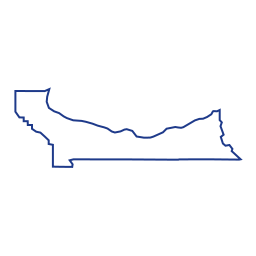 Multnomah, Oregon, United States of America (Equal Earth projection)
{"feature_id": "52423323B6223191641885", "entity_name": "Multnomah", "entity_type": "district", "adm_level": 2, "iso_a3": "USA", "parent_name": "United States of America", "parent_adm1": "Oregon", "projection": "equal_earth", "projection_center": [-122.428, 45.581], "detail": "fine", "context": "isolated", "style": "outline", "palette": "blue", "viewbox_px": 256, "rotation_deg": 0, "n_neighbors": 0, "source": "geoboundaries", "source_scale": "gbopen_adm2", "svg_char_len": 1294}
<svg xmlns="http://www.w3.org/2000/svg" viewBox="0 0 256 256"><path d="M52.9,166.7L53.9,166.7L55.0,166.7L60.7,166.8L72.2,166.9L72.6,164.3L69.7,160.3L73.6,159.3L81.8,159.3L82.8,159.3L88.5,159.3L90.5,159.4L92.7,159.4L96.8,159.4L126.1,159.4L178.3,159.7L179.1,159.4L207.4,159.3L239.1,159.6L240.6,159.3L231.7,151.1L232.4,148.9L229.4,145.0L225.5,145.7L222.9,143.5L220.8,136.9L223.6,134.7L220.5,126.2L221.8,122.4L219.7,120.1L219.7,110.0L217.0,111.3L213.6,111.1L212.9,111.4L211.3,114.3L208.0,116.4L207.3,116.9L203.1,118.7L199.3,118.9L194.9,120.4L183.3,127.2L181.1,127.8L178.3,127.5L177.6,127.4L175.3,127.0L166.6,128.7L163.0,132.3L153.4,136.6L150.6,137.5L149.8,137.6L144.1,137.7L136.6,136.5L132.3,130.9L126.7,129.2L124.4,129.6L122.5,130.5L120.5,131.4L114.9,132.5L111.8,131.5L107.6,128.6L106.6,128.2L104.0,127.3L101.3,126.6L97.6,125.6L92.6,123.7L92.3,123.6L85.9,121.8L85.0,121.6L81.6,120.9L73.2,120.3L66.9,118.1L63.7,116.4L59.1,113.1L54.1,111.3L49.2,108.1L48.9,107.9L46.7,101.8L47.2,96.7L49.3,89.1L44.7,91.1L15.4,91.0L15.4,111.7L19.4,117.4L23.7,117.5L23.7,121.2L27.7,121.2L27.8,125.0L32.0,125.0L32.0,128.8L36.2,131.7L40.4,132.6L44.6,136.4L48.7,140.3L48.7,144.0L52.9,144.8L52.9,147.2L52.9,147.8L52.9,151.6L52.9,152.0L52.9,157.7L52.9,165.4L52.9,166.7Z" fill="none" stroke="#1e3a8a" stroke-width="2"/></svg>